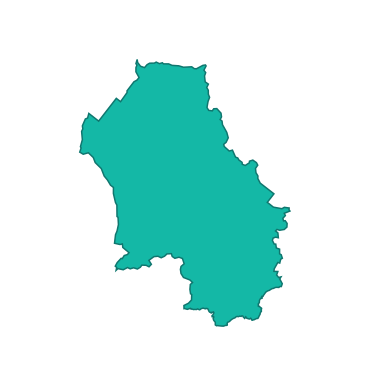 the district of Custer, Idaho, United States of America, rotated 218°
{"feature_id": "52423323B74460459813607", "entity_name": "Custer", "entity_type": "district", "adm_level": 2, "iso_a3": "USA", "parent_name": "United States of America", "parent_adm1": "Idaho", "projection": "natural_earth1", "projection_center": [-114.656, 44.224], "detail": "fine", "context": "isolated", "style": "filled", "palette": "teal", "viewbox_px": 384, "rotation_deg": 218, "n_neighbors": 0, "source": "geoboundaries", "source_scale": "gbopen_adm2", "svg_char_len": 4274}
<svg xmlns="http://www.w3.org/2000/svg" viewBox="0 0 384 384"><g transform="rotate(218 192 192)"><path d="M126.6,95.3L126.5,95.5L125.6,95.7L124.9,96.1L124.3,96.3L123.4,96.7L122.8,97.6L122.3,98.6L121.5,98.9L121.5,99.4L120.9,99.5L120.8,99.2L120.1,99.5L119.5,100.0L118.6,100.2L117.6,101.1L116.1,102.2L115.7,103.2L114.5,103.6L113.7,103.7L113.1,104.6L113.1,105.3L112.4,106.5L112.1,106.9L111.7,107.4L110.5,107.8L109.9,108.0L109.3,108.4L109.4,108.8L108.6,109.4L107.8,109.7L106.8,109.3L105.9,108.8L104.9,108.3L104.0,108.2L103.5,108.5L102.8,108.5L102.4,108.4L102.0,109.0L102.2,109.6L101.5,110.1L101.2,110.7L100.5,110.4L100.1,109.6L99.9,108.3L100.0,107.5L100.0,106.6L99.2,106.1L98.8,106.7L98.3,107.2L97.6,106.4L97.4,105.3L96.0,104.3L94.5,103.9L93.8,103.8L93.1,103.3L92.3,102.2L91.8,101.6L90.3,101.7L89.7,102.4L87.7,103.6L86.1,104.6L84.5,105.8L83.4,107.6L82.8,108.0L82.3,108.6L82.6,109.3L83.4,110.0L83.7,111.2L82.6,113.3L82.7,114.3L82.3,115.6L82.1,116.5L81.7,117.6L81.1,118.6L80.6,119.5L80.5,120.6L80.1,121.4L79.6,121.9L78.9,122.1L78.4,122.8L78.0,123.6L76.7,124.2L76.4,125.2L75.5,125.5L74.5,125.0L73.8,125.1L73.4,124.9L72.7,124.8L72.7,125.8L72.8,126.7L72.0,126.6L71.5,126.2L70.1,126.6L68.9,127.1L68.3,127.5L68.1,128.4L68.0,128.7L67.4,128.6L66.9,128.4L66.0,127.9L65.3,128.3L65.0,129.0L64.2,129.9L63.9,130.7L63.3,131.9L62.3,132.9L62.3,133.7L62.6,134.9L62.7,135.4L62.9,136.2L63.0,137.2L63.2,137.8L63.6,138.3L63.7,138.9L64.0,139.9L63.8,140.4L64.0,141.0L64.7,141.4L65.3,142.2L65.2,142.8L65.6,143.2L65.9,143.3L66.9,143.1L67.4,143.2L68.4,143.4L69.0,142.9L69.6,142.9L69.9,143.5L70.1,144.0L70.6,144.2L70.9,144.6L70.9,145.1L70.8,146.1L71.1,146.7L71.8,147.6L72.2,148.4L72.3,149.2L72.4,150.3L71.5,151.1L71.4,151.6L71.9,151.9L72.5,152.0L72.6,152.8L72.0,152.9L71.8,153.7L72.0,154.1L72.1,155.9L72.2,158.5L71.5,160.7L70.6,161.9L69.5,165.0L68.4,166.3L67.6,168.0L66.4,169.2L65.2,169.9L64.7,170.4L64.8,171.1L64.2,172.0L63.5,172.3L63.5,172.8L64.4,175.3L69.3,177.5L69.6,179.9L71.1,178.0L74.2,178.7L75.4,182.2L78.6,179.9L79.9,182.1L81.0,189.3L79.1,190.0L80.7,193.6L80.0,195.4L83.1,197.5L84.9,197.2L87.8,200.9L91.1,199.8L93.9,202.5L95.2,201.6L98.8,203.3L99.7,205.6L98.3,207.9L95.8,209.1L99.2,212.7L102.2,212.7L102.0,214.8L99.4,215.8L96.2,219.3L95.6,222.8L97.7,225.8L100.9,226.8L102.1,225.6L104.2,227.2L103.9,230.9L106.2,232.0L103.1,237.3L104.7,237.8L105.6,239.2L109.8,236.8L110.9,234.2L118.5,230.2L126.3,230.2L126.3,241.0L143.7,241.0L148.5,243.2L149.9,245.2L153.5,246.6L156.5,249.7L156.7,253.6L159.3,254.8L163.7,254.6L165.7,251.7L164.8,250.3L166.4,245.7L169.4,244.8L170.8,246.2L174.8,246.1L176.9,247.0L179.2,246.3L185.9,249.9L187.9,247.2L194.6,247.7L196.4,249.1L195.7,252.1L196.8,257.0L201.3,260.4L209.4,263.8L212.0,266.4L214.4,266.4L215.0,269.4L217.7,272.0L223.8,273.0L226.1,271.0L226.0,268.4L229.1,266.6L232.2,267.8L235.1,273.2L236.4,277.4L239.3,279.1L241.8,282.2L244.7,283.4L245.5,287.1L249.4,286.9L253.6,291.2L254.7,294.5L257.6,295.3L258.5,300.0L259.6,300.4L261.4,298.5L264.4,291.8L266.2,290.6L269.3,290.5L275.5,285.1L280.1,283.3L285.7,279.5L289.2,278.6L293.4,275.4L294.9,275.6L296.7,273.1L300.2,272.3L301.0,270.4L304.7,267.4L305.8,264.7L306.0,260.8L310.0,259.4L314.6,260.6L316.8,262.7L315.2,258.6L313.5,258.1L312.8,255.6L310.2,252.2L304.2,249.6L304.3,246.1L305.6,243.2L305.5,231.7L304.4,230.5L303.9,219.2L309.3,219.2L309.2,190.4L321.7,190.4L319.8,186.0L321.0,183.9L319.1,176.6L316.9,174.5L316.3,171.8L310.6,165.7L307.8,159.0L306.5,158.4L305.0,154.3L301.0,154.8L297.8,159.1L291.0,158.4L286.4,155.6L277.9,154.6L271.0,150.5L266.0,149.4L260.4,147.2L256.7,147.2L253.0,142.4L245.8,136.6L243.1,135.4L236.0,126.5L234.7,126.5L229.9,121.0L227.0,115.0L226.0,111.3L221.5,103.9L216.4,106.3L214.9,108.2L212.4,105.7L204.3,105.4L204.4,102.9L206.3,100.2L205.9,96.6L207.0,96.1L207.5,90.4L206.8,86.3L204.9,86.2L203.6,83.6L203.2,86.0L198.3,88.4L196.3,92.8L193.4,93.4L191.4,96.3L187.6,97.7L186.4,100.9L186.5,103.5L183.0,106.0L179.8,106.6L179.5,110.0L183.9,111.6L182.2,117.6L179.3,120.4L175.8,121.2L174.1,124.5L173.6,127.8L170.3,130.7L167.9,129.0L164.7,129.2L162.1,132.6L158.6,133.7L154.0,130.6L154.8,126.6L153.5,123.9L150.5,121.0L146.1,119.4L139.5,121.4L135.9,121.0L136.4,118.1L133.7,114.0L130.5,110.9L129.1,111.0L125.9,106.6L126.3,102.2L128.5,97.6L126.6,95.3Z" fill="#14b8a6" stroke="#0f766e" stroke-width="1.5"/></g></svg>